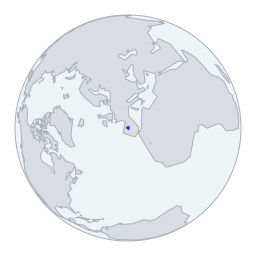 globe centered on Valladolid, rotated 290°
{"feature_id": "ESP-5850", "entity_name": "Valladolid", "entity_type": "Autonomous Community", "adm_level": 1, "iso_a3": "ESP", "parent_name": "Spain", "parent_adm1": "", "projection": "orthographic", "projection_center": [-4.954, 41.703], "detail": "fine", "context": "on_globe", "style": "filled", "palette": "violet", "viewbox_px": 256, "rotation_deg": 290, "n_neighbors": 0, "source": "natural_earth", "source_scale": "10m", "svg_char_len": 9947}
<svg xmlns="http://www.w3.org/2000/svg" viewBox="0 0 256 256"><g transform="rotate(290 128 128)"><circle cx="128" cy="128" r="113" fill="#eef3f6" stroke="#a8b0b8"/><path d="M34.8,191.3L31.8,186.0L29.4,181.6L24.9,172.8L19.2,154.6L19.4,151.5L18.7,147.7L21.0,145.2L21.3,137.2L20.7,134.6L19.6,135.5L18.5,125.4L19.3,118.1L22.2,91.0L23.9,86.4L26.1,82.2L37.9,62.1L27.7,77.7L30.3,72.7L34.4,66.1L34.6,66.1L40.7,58.3L44.4,53.5L53.2,45.5L62.8,40.5L60.1,42.7L62.7,41.5L66.3,38.8L68.0,37.4L81.9,31.6L94.4,25.7L96.3,23.7L97.5,24.5L99.9,20.8L105.4,18.7L100.4,21.3L100.8,21.8L105.1,20.3L106.5,20.5L109.4,20.0L110.6,20.6L107.6,22.3L108.3,22.8L111.4,21.8L114.6,21.8L110.0,23.2L115.0,23.6L110.9,27.2L97.7,31.6L96.5,35.0L86.0,43.4L88.1,43.4L85.4,47.0L86.9,48.4L84.5,49.8L87.8,49.8L89.7,48.3L91.7,47.8L92.8,48.6L89.9,50.4L89.0,50.3L88.7,51.2L86.8,51.9L88.3,52.0L84.7,54.3L89.8,53.3L88.2,56.1L85.4,57.4L83.8,55.6L73.2,55.0L69.9,56.1L66.9,59.3L65.2,68.4L62.3,70.5L59.9,74.6L62.3,74.1L65.1,70.7L69.1,70.9L72.0,67.0L74.1,66.7L77.9,63.6L79.4,65.9L78.8,69.9L75.6,72.7L75.3,74.6L79.9,73.7L75.7,80.7L75.8,88.9L74.5,90.7L68.9,90.8L64.7,86.3L57.5,87.4L64.2,88.7L60.9,93.6L61.2,95.3L62.6,96.4L64.7,95.4L63.9,97.6L57.0,96.9L57.5,94.9L59.7,95.0L57.7,93.1L53.0,93.1L51.7,95.8L46.0,93.7L45.0,95.7L43.2,96.6L45.2,93.4L41.5,99.2L34.6,99.2L29.4,109.2L32.3,98.7L31.9,95.1L31.0,91.8L30.1,93.3L30.2,87.6L28.1,86.5L24.0,92.4L21.4,99.7L21.6,105.2L23.2,103.6L24.2,106.7L20.3,112.5L21.5,120.3L19.6,126.0L19.5,131.2L20.9,133.6L22.2,138.4L24.2,137.0L26.9,138.7L25.8,144.0L28.2,141.3L29.1,145.8L35.3,152.5L34.5,153.2L39.5,164.9L46.7,173.4L48.4,178.4L47.3,180.0L50.2,182.6L50.3,184.0L63.4,193.5L71.5,200.4L72.1,205.1L67.1,207.7L66.6,215.7L58.7,213.4L59.4,215.7L58.0,216.2L53.2,212.3L46.5,205.8L40.4,198.8L34.8,191.3ZM27.6,112.1L29.2,123.8L26.8,120.3L27.5,120.2L27.4,116.5L26.8,111.4L25.1,108.7L27.6,112.1ZM31.7,110.1L31.3,108.5L31.9,109.7L31.7,110.1ZM68.5,36.8L66.2,38.8L62.5,41.3L64.2,39.5L68.5,36.8ZM75.8,32.7L75.1,33.6L72.3,34.4L73.6,33.6L75.8,32.7ZM97.4,22.3L95.3,23.2L96.9,22.3L97.4,22.3ZM109.6,19.9L109.8,19.6L111.2,19.5L109.6,19.9ZM76.9,62.6L77.4,63.1L76.4,63.4L76.9,62.6ZM78.0,60.9L76.5,60.8L76.9,60.0L77.8,60.0L78.0,60.9ZM114.4,20.3L116.6,20.3L113.8,20.5L114.4,20.3ZM79.8,61.1L77.6,58.6L78.3,57.2L82.3,56.2L79.8,61.1ZM117.6,20.6L123.0,20.9L123.9,20.2L124.5,22.7L119.7,21.4L116.1,21.7L117.9,21.1L117.6,20.6ZM89.8,47.5L87.8,49.1L88.5,47.1L89.8,47.5ZM89.7,46.3L88.9,41.1L92.3,39.2L91.9,41.2L95.6,38.4L97.7,40.0L96.1,41.9L93.5,42.8L96.3,42.8L89.7,46.3ZM124.0,24.2L124.8,24.6L123.4,24.5L124.0,24.2ZM92.6,47.4L92.1,46.5L95.0,44.8L96.5,46.4L95.1,46.4L92.6,47.4ZM95.5,37.0L97.9,36.1L100.3,37.1L101.6,36.9L98.0,39.9L95.5,37.0ZM95.0,47.2L97.2,47.3L96.8,48.8L93.2,48.3L95.0,47.2ZM95.2,43.7L96.6,43.0L96.3,43.9L95.2,43.7ZM96.5,54.7L95.9,53.5L97.3,52.4L96.5,54.7ZM98.1,47.2L98.2,46.7L98.7,46.2L100.1,46.6L98.1,47.2ZM99.9,40.5L100.4,41.1L101.5,39.3L103.3,40.1L100.6,42.0L102.5,41.5L103.1,41.8L100.3,43.1L99.9,40.5ZM103.0,45.5L100.1,48.4L101.0,50.9L99.7,51.9L98.6,47.7L103.0,45.5ZM101.6,43.9L102.2,45.1L100.3,45.6L98.8,45.2L101.6,43.9ZM105.5,40.0L103.5,38.3L104.1,37.9L105.5,40.0ZM103.6,46.1L104.3,45.4L103.9,46.2L103.6,46.1ZM105.4,41.7L104.5,41.1L105.3,40.8L105.4,41.7ZM106.3,44.6L105.4,45.5L104.3,45.1L106.3,44.6ZM106.2,43.2L107.4,42.8L104.5,44.5L105.7,42.9L106.2,43.2ZM106.2,41.5L106.4,41.1L106.5,41.8L106.2,41.5ZM110.9,45.4L107.4,47.6L105.1,46.8L108.8,44.7L110.9,45.4ZM195.2,37.6L196.2,38.5L194.3,37.1L198.9,40.9L196.3,39.1L201.2,43.2L202.3,43.7L199.1,40.8L204.5,45.4L210.2,51.0L215.4,56.9L220.2,63.2L224.5,69.8L228.3,76.7L231.6,83.9L234.5,91.2L233.4,88.5L234.9,93.3L233.6,90.2L231.2,87.8L232.7,94.8L236.0,110.9L238.4,119.5L238.6,126.0L234.1,119.2L230.5,112.4L229.9,115.7L224.4,113.6L217.9,122.8L216.0,121.5L215.0,124.4L211.0,125.3L207.9,122.9L205.9,125.1L214.0,131.3L216.1,128.9L216.5,122.8L218.5,125.8L222.3,125.6L221.4,138.6L210.2,158.1L207.6,152.1L191.3,139.4L191.0,136.9L190.9,136.6L190.6,136.3L190.6,140.7L187.3,137.8L197.6,148.3L200.0,153.6L210.1,158.7L209.5,160.3L212.3,160.6L219.4,151.4L219.8,153.7L217.4,167.1L206.2,188.4L206.8,195.4L204.6,202.2L195.8,210.7L194.6,214.4L189.8,218.0L188.3,220.3L183.3,224.0L175.8,228.4L164.9,232.1L165.7,230.8L162.6,228.9L158.8,220.9L163.1,215.0L162.8,210.9L154.8,202.4L156.6,195.9L154.1,193.6L149.1,195.1L146.1,192.3L142.9,192.7L122.1,196.2L114.8,191.8L104.1,177.3L107.2,171.7L106.2,164.7L126.4,139.7L132.5,140.7L150.4,134.7L152.9,135.1L152.7,141.3L167.6,144.7L170.2,138.7L181.9,138.3L188.4,134.9L187.4,123.1L176.7,128.4L173.0,124.1L180.1,115.3L189.2,110.8L188.0,109.0L180.7,107.7L181.2,102.8L178.0,107.0L180.5,108.2L178.5,110.9L176.1,110.0L176.4,108.2L173.2,108.7L172.7,117.6L175.2,119.7L167.8,124.3L171.2,128.5L169.8,131.6L163.5,125.8L162.9,122.9L152.4,117.5L152.4,120.8L162.2,126.3L159.9,126.4L159.9,131.4L158.0,127.7L147.3,121.2L139.5,124.8L132.4,137.8L127.3,139.3L121.8,137.4L121.6,125.2L133.0,123.3L133.1,119.4L128.5,114.3L132.3,114.3L131.8,112.1L135.9,111.2L139.4,105.1L143.1,103.8L142.3,97.0L144.1,95.4L144.1,99.8L146.1,102.3L155.3,99.2L156.4,97.3L155.1,93.3L157.8,93.1L155.3,89.6L159.5,86.2L152.4,87.5L150.7,83.2L152.0,78.9L150.1,77.9L148.0,84.9L148.3,87.5L150.6,89.3L150.3,97.3L147.7,99.3L143.1,92.3L138.8,94.6L137.1,88.5L143.9,72.7L147.8,68.6L159.1,70.3L159.4,73.3L155.6,74.2L161.2,77.1L159.8,75.1L162.0,75.1L160.9,71.3L162.4,71.1L158.8,67.9L160.5,67.3L162.8,69.3L162.7,63.6L165.7,61.6L165.0,60.5L163.3,59.8L168.3,57.9L167.5,57.2L165.6,57.4L162.8,56.1L159.7,53.3L161.6,52.8L163.0,53.7L168.6,55.2L171.9,58.1L172.4,57.7L170.0,55.1L163.1,53.2L160.7,51.6L164.0,52.1L162.6,51.8L162.0,50.9L163.2,49.6L159.6,49.0L150.7,40.6L152.1,37.5L156.0,38.7L151.7,33.2L153.6,30.8L151.9,31.0L148.6,28.8L148.0,29.5L146.9,29.4L138.2,24.9L137.6,23.7L131.9,22.5L131.0,22.7L131.1,23.5L124.5,22.7L123.9,20.2L126.0,19.9L124.2,18.8L129.3,18.4L132.6,17.8L139.3,18.4L141.4,18.1L140.4,17.7L142.5,17.2L150.2,17.9L148.2,18.9L137.5,19.4L142.3,19.2L142.5,19.8L144.9,20.1L148.2,20.1L147.8,19.7L159.4,23.5L169.7,26.2L165.9,23.9L166.2,23.3L174.6,25.8L191.9,35.3L192.3,35.5L195.2,37.6ZM121.6,152.9L121.5,155.2L121.6,152.9ZM200.4,111.5L204.8,108.0L200.1,103.1L201.4,101.4L199.4,100.5L199.8,102.8L194.3,99.8L195.2,96.2L193.3,93.8L191.7,94.9L190.9,102.1L198.7,106.2L198.8,109.8L200.4,111.5ZM35.5,152.7L36.1,154.5L35.0,153.5L35.5,152.7ZM25.7,121.8L26.4,123.5L26.5,125.1L25.8,124.2L25.7,121.8ZM33.6,134.5L34.8,136.6L33.2,135.3L33.6,134.5ZM29.6,125.5L32.6,133.0L29.6,131.1L27.9,126.4L29.5,128.4L29.6,125.5ZM29.8,112.4L30.1,113.8L29.5,114.4L29.8,112.4ZM32.2,111.0L31.9,110.7L32.1,109.5L32.2,111.0ZM61.3,93.6L61.8,93.7L62.9,95.1L61.7,95.2L61.3,93.6ZM71.8,97.7L70.4,101.2L70.6,98.6L68.6,99.2L66.5,94.8L73.7,91.4L70.8,93.6L71.8,97.7ZM65.7,88.3L66.3,91.3L65.4,88.2L65.7,88.3ZM125.1,101.8L127.2,102.9L126.7,105.6L121.9,108.0L122.5,104.1L125.1,101.8ZM130.3,104.0L127.1,96.7L130.0,95.2L128.9,97.2L131.1,96.9L130.0,100.2L135.9,106.1L135.9,108.9L127.0,111.4L129.9,109.0L127.6,107.9L130.3,104.0ZM113.9,83.1L112.6,80.6L120.5,80.4L120.9,82.9L116.1,85.2L112.9,83.8L113.9,83.1ZM87.3,60.0L86.3,59.5L87.1,59.0L88.6,58.9L87.3,60.0ZM96.1,54.2L92.7,61.9L91.3,61.6L90.9,66.7L87.2,68.1L87.6,64.7L84.4,69.7L83.3,67.2L81.5,70.8L82.8,63.0L81.6,61.1L84.3,62.7L87.8,61.4L88.9,60.3L91.3,55.9L90.5,51.5L93.8,49.8L96.3,49.8L97.0,50.6L94.6,51.4L97.2,51.9L94.4,53.7L96.1,54.2ZM124.1,53.7L121.1,53.7L125.8,56.1L123.0,57.5L123.7,57.7L122.4,59.7L122.1,62.5L120.5,62.8L121.1,63.8L120.2,65.2L120.4,66.7L117.7,67.8L117.7,69.8L116.4,69.3L117.2,72.4L115.4,70.6L114.1,72.5L116.6,73.2L101.3,77.0L96.3,80.4L93.1,84.4L90.4,81.1L91.6,75.5L95.0,69.5L100.2,66.9L98.1,66.0L99.9,64.6L100.8,65.9L100.5,63.1L102.3,62.2L105.3,57.7L103.7,54.4L104.8,52.8L106.3,53.7L106.3,51.5L109.9,52.1L110.8,51.0L115.2,50.6L117.6,53.2L118.4,51.8L121.7,51.6L124.1,53.7ZM112.1,45.4L115.7,47.8L115.9,49.8L108.2,49.7L106.9,50.6L101.9,50.8L101.8,47.9L103.2,48.1L104.5,47.6L104.1,48.7L105.5,47.5L107.5,47.7L109.1,46.9L109.8,47.9L112.1,45.4ZM154.7,132.3L156.4,132.1L159.0,131.1L159.0,134.3L154.7,132.3ZM147.3,128.0L148.7,127.3L150.0,131.1L148.2,131.4L147.3,128.0ZM148.4,123.7L148.7,126.9L147.5,125.4L148.4,123.7ZM145.3,99.0L146.7,98.1L147.3,98.9L147.0,100.6L145.3,99.0ZM137.7,62.0L135.9,61.4L136.0,60.8L133.4,58.2L135.3,57.2L137.6,58.3L137.7,62.0ZM186.2,125.9L185.0,128.9L183.7,128.5L184.4,127.5L186.2,125.9ZM171.9,132.3L175.7,132.3L171.8,133.2L171.9,132.3ZM139.3,60.4L138.0,59.4L139.7,59.5L139.3,60.4ZM136.5,56.3L138.4,56.1L135.2,56.8L136.5,56.3ZM217.5,191.1L208.5,205.2L205.0,208.1L205.8,205.9L210.1,198.3L214.7,193.2L217.3,188.5L217.5,191.1ZM238.6,120.0L239.7,122.9L239.7,125.4L238.6,120.0ZM153.7,51.5L155.2,56.1L157.7,59.1L161.0,60.0L157.0,60.8L153.3,56.2L153.7,51.5ZM150.8,41.9L147.9,41.3L148.7,40.4L149.4,40.4L150.8,41.9ZM149.4,42.3L146.8,43.8L144.8,42.7L147.3,41.8L149.4,42.3ZM143.2,51.7L143.5,53.1L142.1,52.9L143.2,51.7ZM174.9,25.6L171.1,24.0L167.9,22.7L168.0,22.7L174.9,25.6ZM168.8,23.1L170.1,23.7L165.0,23.2L163.2,22.8L165.4,22.1L166.8,22.7L168.6,23.2L168.8,23.1ZM125.7,24.2L124.9,24.6L124.8,24.1L125.7,24.2ZM146.6,29.9L145.0,29.7L145.0,29.0L146.6,29.9ZM140.8,29.0L141.9,29.9L139.9,29.2L140.8,29.0ZM144.7,32.0L142.0,30.4L145.7,31.7L144.7,32.0Z" fill="#d9dde1" stroke="#a8b0b8" stroke-width="1"/><path d="M129.4,128.2L129.4,128.3L129.2,128.4L129.0,128.5L128.9,128.5L128.7,128.6L128.7,128.8L128.4,128.9L128.4,129.0L128.2,129.1L127.9,129.1L127.7,129.1L127.4,129.0L127.5,129.0L127.5,128.9L127.5,128.7L127.4,128.7L127.5,128.6L127.4,128.6L127.4,128.4L127.5,128.4L127.5,128.2L127.4,128.0L127.4,127.9L127.5,127.8L127.5,127.7L127.4,127.3L127.4,127.2L127.5,127.0L127.6,126.9L127.8,126.8L127.9,127.0L128.0,127.1L128.0,127.3L127.9,127.5L128.0,127.6L128.2,127.8L128.3,127.8L128.3,127.7L128.5,127.6L128.6,127.8L128.7,127.7L128.7,127.8L128.8,127.9L129.0,127.8L129.3,127.9L129.4,128.0L129.4,128.2ZM127.2,127.2L127.3,127.4L127.3,127.5L127.2,127.4L127.2,127.2ZM127.5,126.8L127.4,126.9L127.5,126.8L127.5,126.8Z" fill="#8b5cf6" stroke="#5b21b6" stroke-width="1.5"/></g></svg>